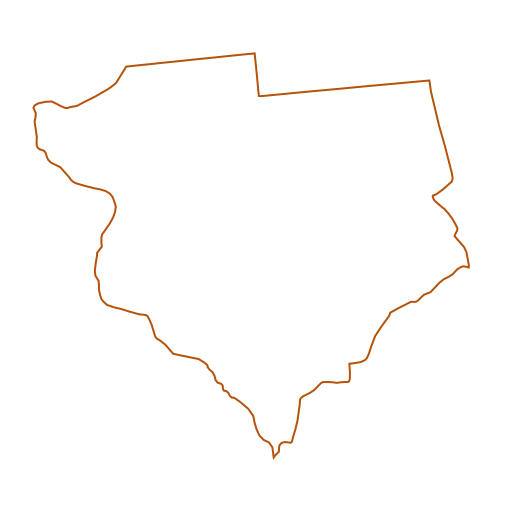 an SVG outline of Botswana, rotated 86°
{"feature_id": "BWA", "entity_name": "Botswana", "entity_type": "country or territory", "adm_level": 0, "iso_a3": "BWA", "parent_name": "Africa", "parent_adm1": "", "projection": "orthographic", "projection_center": [24.585, -22.321], "detail": "fine", "context": "isolated", "style": "outline", "palette": "amber", "viewbox_px": 512, "rotation_deg": 86, "n_neighbors": 0, "source": "natural_earth", "source_scale": "50m", "svg_char_len": 2726}
<svg xmlns="http://www.w3.org/2000/svg" viewBox="0 0 512 512"><g transform="rotate(86 256 256)"><path d="M282.3,44.6L281.4,46.9L280.7,50.2L281.5,52.7L283.3,56.1L285.9,59.0L287.8,60.8L290.1,65.1L292.4,70.5L295.4,74.8L304.3,84.5L305.3,87.9L306.5,91.4L312.1,98.0L312.9,100.2L312.5,104.6L318.2,118.1L321.9,126.0L325.1,127.4L335.2,135.9L344.1,142.7L354.4,147.4L362.0,150.5L365.8,152.7L367.6,154.8L369.1,158.9L369.8,165.9L370.0,170.4L378.2,170.4L384.9,170.9L387.3,171.8L388.2,173.1L387.9,176.1L387.9,180.5L388.2,184.1L387.4,187.9L386.8,192.4L386.4,198.0L387.4,200.1L393.8,207.3L396.4,211.9L399.2,218.8L400.8,221.1L402.2,222.0L408.0,222.9L423.1,226.1L432.3,229.0L439.7,231.9L442.7,232.7L444.2,233.5L444.7,234.2L443.6,240.2L443.9,242.1L444.6,243.8L445.8,245.2L447.3,246.1L452.9,246.9L456.2,250.7L458.2,252.4L448.1,253.0L443.0,255.9L440.0,261.2L435.3,265.1L429.0,267.5L422.4,269.0L415.5,269.8L408.0,274.3L400.0,282.5L395.9,287.7L395.7,289.8L393.9,291.7L390.6,293.2L388.6,295.1L388.2,297.3L386.4,298.3L383.2,298.2L381.0,299.7L379.7,303.1L376.9,305.0L372.6,305.7L368.9,307.5L365.8,310.5L363.4,312.0L361.7,312.0L359.1,314.5L354.8,320.3L354.1,323.0L347.9,345.2L344.8,347.7L338.6,352.2L333.6,357.6L331.5,360.8L329.1,362.2L317.8,364.8L313.6,366.2L308.5,368.3L307.2,370.1L305.9,377.0L302.4,386.8L299.5,394.0L297.6,400.3L294.4,408.1L291.6,410.7L288.5,413.1L284.4,414.2L278.8,415.0L273.7,414.7L269.8,414.8L264.3,417.6L259.3,417.8L251.2,416.2L244.7,414.6L241.8,414.3L236.0,409.2L232.3,409.3L226.6,408.9L223.4,407.8L220.4,405.2L214.0,400.1L207.7,395.9L202.1,393.5L196.9,392.4L192.0,393.5L188.2,394.6L186.7,395.2L183.7,397.3L180.7,401.5L178.3,407.9L177.4,411.8L174.7,420.1L171.1,430.1L169.4,433.0L167.4,435.1L164.2,437.0L153.7,445.1L148.6,454.0L145.4,456.7L141.4,458.0L138.0,458.8L136.2,460.3L134.2,464.8L132.4,466.4L130.4,467.1L124.4,466.7L122.5,466.3L106.6,467.5L101.7,466.2L98.2,465.7L92.8,467.7L90.5,466.5L88.6,462.8L87.5,455.4L87.6,449.0L90.4,444.1L92.7,440.5L95.0,435.9L95.3,433.8L94.7,432.0L94.2,428.2L93.8,424.3L90.1,415.9L85.5,404.8L79.4,392.4L77.5,389.0L73.8,383.7L60.1,373.7L58.0,372.3L58.0,371.2L57.6,361.1L57.2,347.8L56.7,334.5L56.3,321.1L55.8,307.8L55.4,294.5L55.0,281.1L54.5,267.8L54.1,254.5L53.8,243.2L63.6,242.9L75.7,242.5L90.2,242.2L96.5,242.0L96.9,240.2L96.7,231.9L96.2,213.0L95.7,194.0L95.3,175.0L94.9,156.0L94.4,137.1L94.0,118.1L93.6,99.1L93.2,80.2L93.0,70.8L104.3,70.0L117.4,67.8L138.7,64.3L158.4,60.1L171.4,57.7L186.7,54.9L192.0,54.4L193.4,54.7L195.5,55.6L202.7,65.0L207.2,72.2L208.1,75.3L208.9,75.6L211.0,75.1L213.4,73.9L220.6,66.7L222.1,64.8L226.7,61.3L232.3,57.7L237.3,55.2L242.4,53.1L244.8,53.6L247.6,55.4L250.0,56.6L261.6,47.8L266.8,45.8L280.4,44.3L282.3,44.6Z" fill="none" stroke="#b45309" stroke-width="2"/></g></svg>